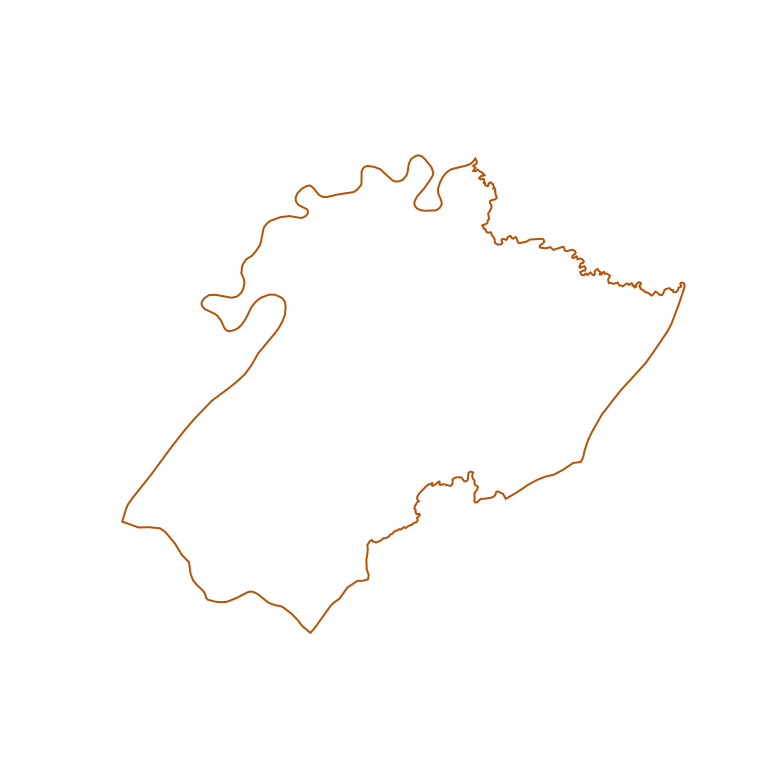 the district of Thung Khao Luang, Roi Et, Thailand, rotated 224°
{"feature_id": "78962969B71401871010357", "entity_name": "Thung Khao Luang", "entity_type": "district", "adm_level": 2, "iso_a3": "THA", "parent_name": "Thailand", "parent_adm1": "Roi Et", "projection": "equal_earth", "projection_center": [103.86, 15.995], "detail": "fine", "context": "isolated", "style": "outline", "palette": "amber", "viewbox_px": 768, "rotation_deg": 224, "n_neighbors": 0, "source": "geoboundaries", "source_scale": "gbopen_adm2", "svg_char_len": 6166}
<svg xmlns="http://www.w3.org/2000/svg" viewBox="0 0 768 768"><g transform="rotate(224 384 384)"><path d="M474.8,609.6L474.4,605.0L474.8,601.9L477.1,597.4L484.7,585.4L485.8,581.4L485.9,576.8L485.4,573.6L483.7,567.8L480.7,561.9L477.3,558.7L470.4,555.8L467.4,553.6L466.3,549.4L466.7,546.6L467.5,544.7L475.2,536.8L478.7,534.3L482.7,533.2L485.9,533.7L488.4,535.8L489.9,539.7L490.5,542.3L490.9,551.8L492.2,560.7L493.7,567.7L495.3,570.2L500.3,572.8L510.4,574.2L515.0,574.1L518.1,572.4L519.8,569.7L520.7,565.0L519.8,561.4L518.6,558.9L514.2,552.7L512.9,550.0L512.2,544.6L513.7,540.6L516.4,537.5L519.9,536.3L535.9,535.9L542.0,533.3L547.3,529.5L548.5,527.2L548.8,525.7L548.8,524.3L547.8,521.4L539.7,512.8L538.6,510.9L538.3,505.1L539.2,500.9L548.5,488.8L555.0,478.8L558.2,475.9L562.2,474.8L570.5,475.9L573.7,475.8L575.3,475.2L577.2,472.6L578.8,467.3L578.7,460.9L577.1,456.8L575.5,455.1L573.5,454.0L569.9,453.3L560.6,456.2L558.4,455.2L557.5,454.0L556.9,451.3L557.9,447.4L559.5,445.4L568.6,439.2L574.4,432.1L579.0,422.7L579.7,419.0L579.4,414.4L578.8,412.4L570.9,400.1L569.6,397.1L568.3,390.0L568.1,385.1L569.7,377.6L568.8,372.8L567.6,369.8L563.6,364.6L558.9,362.7L555.9,360.9L554.2,359.1L551.7,355.3L550.4,351.7L550.1,349.5L550.3,345.9L551.0,344.0L553.4,340.3L566.9,331.3L570.7,327.5L571.8,325.9L572.8,320.9L572.3,317.2L571.5,315.4L569.4,313.9L564.9,313.4L553.9,317.1L551.0,317.3L545.4,316.4L537.3,313.3L534.3,313.2L532.3,314.2L531.0,315.6L528.6,320.2L527.9,322.6L527.5,327.4L528.9,335.3L532.7,346.9L533.4,353.8L533.0,357.5L532.3,361.0L528.7,368.5L524.6,372.4L518.5,374.7L515.7,375.0L512.0,374.0L508.7,371.5L503.4,365.1L500.5,358.3L498.7,351.6L497.8,345.9L495.8,318.6L492.4,305.6L490.9,294.4L491.5,283.7L492.7,273.5L496.2,252.8L496.2,228.6L495.4,212.9L492.9,189.2L488.5,156.7L485.7,127.2L484.5,119.4L482.5,114.4L476.7,103.2L460.9,110.3L453.5,117.8L444.9,124.6L438.3,125.6L423.4,124.0L410.8,120.6L400.5,120.4L391.8,113.4L385.4,110.3L379.3,109.5L369.7,109.5L366.5,108.6L363.2,106.5L360.8,106.5L354.5,110.0L350.6,113.0L346.5,117.2L345.1,119.4L341.5,127.5L337.5,139.3L336.2,141.6L333.7,143.6L329.0,145.2L316.3,146.3L313.3,147.1L308.2,149.5L304.6,152.1L301.4,153.3L290.9,154.5L281.6,154.2L275.2,153.1L264.1,153.8L264.3,160.0L268.4,187.9L268.2,192.3L266.9,198.5L268.9,212.2L266.4,223.9L263.1,227.1L259.8,232.2L262.2,235.9L267.8,238.8L274.7,245.4L276.1,247.8L280.8,253.8L284.4,256.9L284.4,259.2L285.1,260.5L284.5,263.3L282.7,262.8L281.2,264.0L279.7,264.3L277.7,268.7L277.2,272.8L275.8,274.0L274.5,277.5L274.9,279.0L274.8,280.4L274.1,281.5L274.0,286.2L272.5,288.2L272.3,290.1L270.7,291.0L270.4,294.7L268.2,295.5L268.1,297.8L267.2,300.3L266.2,301.5L266.2,303.8L264.6,307.8L265.2,309.6L267.2,310.6L267.0,313.8L267.4,314.8L268.5,315.1L270.2,313.0L271.9,313.5L274.0,315.5L275.7,315.5L277.0,317.8L278.0,322.0L277.5,324.0L280.0,324.1L281.8,326.0L282.7,330.2L282.6,339.2L282.3,342.4L280.4,346.0L279.3,344.5L278.3,344.5L277.6,346.2L276.7,352.1L276.0,352.3L274.3,350.3L273.4,350.4L271.7,353.2L265.5,356.7L265.1,358.2L265.6,360.0L268.5,363.3L268.1,365.4L266.7,367.6L263.9,370.2L262.5,370.5L258.9,369.7L257.3,370.9L257.1,372.5L257.5,373.7L261.4,378.6L261.2,380.5L260.1,381.6L258.4,382.2L257.6,380.3L256.5,379.0L254.6,377.8L252.1,377.5L249.2,374.9L248.1,374.6L245.5,375.3L244.7,374.8L243.9,373.3L242.9,368.0L239.8,365.2L237.7,362.5L236.5,362.2L235.5,362.5L234.8,363.8L234.6,368.7L232.5,370.6L228.0,376.6L227.0,378.8L226.7,381.2L228.2,383.9L227.7,385.8L221.9,387.6L216.6,386.0L213.0,399.0L210.2,412.1L207.2,421.5L203.9,428.9L198.8,436.9L195.6,446.7L193.1,458.6L188.3,464.6L189.8,469.6L193.4,475.3L198.3,485.5L201.1,494.1L206.1,513.4L209.3,543.3L210.3,580.7L212.1,592.5L216.6,618.5L219.0,626.9L227.1,645.7L235.2,662.6L237.7,664.8L239.9,664.1L240.5,663.3L240.6,662.1L239.5,661.1L238.3,661.0L237.9,660.2L239.1,657.7L237.7,655.9L237.8,653.0L239.3,651.4L240.3,651.3L241.2,652.4L242.5,651.0L244.5,651.5L246.2,650.0L247.6,646.8L245.9,642.5L245.9,640.9L247.3,639.7L251.7,639.5L253.1,638.9L252.5,634.8L253.0,633.4L256.0,633.3L258.8,632.4L259.7,631.5L262.9,631.6L265.5,630.6L266.3,631.4L268.5,631.8L268.7,634.7L269.8,635.1L271.6,634.0L271.7,630.4L270.3,629.0L270.7,627.6L271.1,627.5L271.7,628.5L273.5,627.4L274.8,628.6L275.8,628.5L276.7,625.4L278.3,625.6L279.4,624.5L280.1,620.1L281.6,619.8L283.0,618.4L286.3,619.3L288.5,615.5L290.7,614.4L292.4,612.7L295.3,614.7L296.6,618.9L300.7,618.1L301.8,616.6L303.6,617.4L304.0,616.3L303.6,613.9L304.8,612.6L305.2,612.8L305.6,614.9L307.8,614.5L310.1,615.2L310.7,613.8L310.7,611.3L308.7,609.6L308.5,608.0L309.5,607.5L313.1,607.6L313.2,604.1L313.8,603.7L315.2,604.0L315.7,603.1L315.6,601.1L317.6,599.8L320.6,600.7L319.3,604.3L318.2,605.1L318.9,607.1L321.6,607.9L322.5,606.7L323.6,603.9L324.8,603.8L326.1,607.1L326.1,607.8L324.9,609.5L325.4,611.0L327.5,611.4L329.9,610.7L331.6,608.1L333.4,609.6L334.2,609.6L335.0,606.5L336.1,605.7L336.8,606.1L337.5,607.4L337.0,610.3L337.3,611.7L339.9,612.3L342.3,610.9L344.4,606.9L345.6,605.9L347.2,605.7L349.1,607.3L350.7,606.9L355.3,598.2L359.4,597.9L362.0,593.9L366.3,590.7L367.3,590.8L368.0,592.1L367.3,596.4L367.6,597.7L369.2,598.6L370.9,598.5L379.4,589.3L380.5,585.2L384.7,579.0L386.0,578.9L390.8,581.3L391.5,580.8L392.1,578.3L392.7,577.7L395.7,578.3L396.4,578.0L397.0,575.2L396.0,573.4L396.1,572.6L398.7,571.5L399.7,569.8L398.7,568.5L396.9,567.7L396.8,565.8L398.7,563.5L401.0,562.7L402.8,562.8L404.5,564.7L407.0,565.7L410.1,566.0L411.9,567.3L412.8,567.2L414.2,565.1L416.2,564.6L418.6,565.8L420.4,565.0L421.7,566.1L423.3,566.2L423.4,567.3L422.5,568.3L421.5,571.2L421.6,571.9L423.1,573.9L423.0,575.8L427.4,578.9L428.7,584.4L429.8,586.2L431.4,587.4L433.8,587.9L434.8,589.1L434.7,590.4L432.4,593.9L432.1,596.2L436.7,598.7L437.4,599.8L438.2,599.7L439.1,601.2L440.2,601.6L441.3,600.5L441.9,602.2L444.8,603.5L445.9,602.9L447.0,603.4L448.0,601.8L447.6,599.9L446.7,599.3L447.1,598.1L449.3,597.3L451.0,598.6L451.9,597.9L453.4,600.3L455.0,600.7L456.2,598.7L458.3,597.9L458.7,599.2L458.6,600.9L456.6,604.0L457.5,604.3L458.7,603.7L460.1,604.4L463.0,603.3L465.6,603.4L466.0,602.7L465.8,600.9L467.8,599.2L468.5,603.2L471.3,602.8L471.5,603.9L470.5,606.1L470.9,607.5L471.9,608.6L474.8,609.6Z" fill="none" stroke="#b45309" stroke-width="2"/></g></svg>